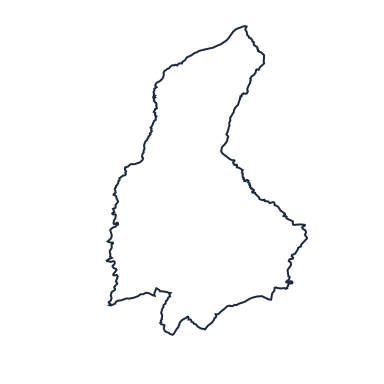 outline of Rosas, Cauca, Colombia, rotated 246°
{"feature_id": "7082276B70920947673933", "entity_name": "Rosas", "entity_type": "district", "adm_level": 2, "iso_a3": "COL", "parent_name": "Colombia", "parent_adm1": "Cauca", "projection": "equal_earth", "projection_center": [-76.744, 2.253], "detail": "fine", "context": "isolated", "style": "outline", "palette": "slate", "viewbox_px": 384, "rotation_deg": 246, "n_neighbors": 0, "source": "geoboundaries", "source_scale": "gbopen_adm2", "svg_char_len": 6000}
<svg xmlns="http://www.w3.org/2000/svg" viewBox="0 0 384 384"><g transform="rotate(246 192 192)"><path d="M65.3,239.6L66.0,239.5L66.9,241.3L68.5,242.5L68.6,244.4L67.8,246.2L68.4,247.0L69.7,246.8L70.3,246.1L70.6,242.3L71.0,241.6L71.6,241.5L71.9,241.9L72.5,244.7L73.7,246.1L74.9,246.6L75.6,245.8L81.4,247.4L82.3,248.1L84.0,251.4L85.4,253.0L87.7,253.5L89.5,252.3L90.9,253.7L90.2,256.3L90.2,257.4L91.0,257.7L92.8,256.9L93.7,257.6L93.7,261.1L96.4,265.1L97.8,266.3L98.0,269.4L99.5,270.3L102.8,278.1L103.7,278.4L107.0,277.7L108.5,279.6L110.2,280.0L111.1,279.8L113.3,278.3L114.8,278.2L115.1,278.5L115.4,281.3L115.9,281.7L116.6,281.0L118.6,277.1L120.5,271.7L120.9,271.2L121.7,271.1L124.2,272.2L129.2,267.8L130.1,267.6L130.8,268.4L131.5,268.1L132.8,265.8L133.3,266.2L133.7,267.9L134.4,268.1L139.1,265.3L143.4,264.7L145.4,263.3L146.4,262.1L148.4,262.9L149.2,262.7L149.9,261.5L150.2,258.5L152.5,257.6L154.1,254.7L155.4,255.0L156.0,252.9L158.1,250.8L160.2,251.0L164.1,249.2L165.6,249.4L166.4,247.6L167.1,246.9L167.7,247.1L168.0,248.9L168.5,249.3L169.3,249.0L170.5,247.6L170.8,247.5L171.2,248.0L172.8,246.9L173.9,247.8L175.3,247.2L175.7,248.1L176.7,248.1L178.0,247.1L179.3,248.2L180.7,247.1L180.1,245.2L180.9,244.2L182.0,244.9L183.1,244.2L184.0,245.1L184.7,244.5L186.0,244.6L187.6,245.7L189.0,245.3L189.8,246.2L190.9,246.4L191.4,247.2L195.5,244.4L196.3,243.0L197.0,243.4L198.3,243.5L198.4,244.0L198.7,244.0L199.1,243.4L199.1,242.2L199.9,241.6L202.0,241.4L203.2,243.5L203.7,243.6L204.6,241.8L206.6,240.0L214.4,235.7L217.1,235.1L220.3,237.2L221.0,238.2L222.9,242.8L224.9,245.3L226.5,246.2L227.2,247.2L228.0,247.7L230.5,246.8L233.3,249.9L236.1,251.9L237.5,253.4L239.8,253.9L242.0,256.3L244.0,256.8L248.0,262.6L249.8,263.7L251.8,266.5L252.9,269.5L256.8,272.9L257.3,273.7L258.3,273.9L259.0,275.5L259.7,275.3L259.7,276.6L260.8,277.1L260.7,278.4L261.2,279.1L259.9,281.0L259.8,282.2L261.1,283.9L263.3,284.2L263.9,284.6L266.7,287.6L267.8,289.3L269.5,290.2L270.3,291.4L271.9,291.3L272.4,292.4L273.1,292.8L273.9,296.7L275.5,298.9L277.5,300.3L277.6,301.2L276.5,302.6L278.2,304.5L280.2,310.3L282.8,310.7L283.7,311.6L287.8,313.5L291.5,311.9L292.5,310.6L293.6,310.5L294.1,309.6L295.5,310.3L296.2,309.9L297.1,310.4L298.5,310.3L299.3,309.3L300.1,309.2L301.1,308.3L302.7,308.8L303.5,309.5L304.9,308.4L306.2,308.9L307.3,308.3L308.1,308.5L309.7,306.9L311.0,307.2L312.8,306.3L316.2,307.1L318.5,306.7L319.4,307.2L320.9,309.1L322.3,307.4L322.8,299.9L322.7,297.8L321.5,294.4L317.9,288.4L316.4,285.2L315.2,278.0L315.4,274.8L315.3,270.1L317.7,258.0L318.0,255.5L317.6,252.8L318.0,251.2L317.1,246.9L317.1,242.1L315.2,239.0L314.9,236.4L313.5,235.2L314.4,233.5L314.6,232.5L314.4,231.3L313.6,230.0L315.0,228.6L314.9,227.2L315.7,226.0L315.7,224.7L315.2,222.9L314.3,221.5L314.5,219.8L313.6,215.7L312.1,214.3L310.8,214.1L308.7,212.5L307.3,210.6L306.3,207.3L306.3,204.5L304.8,202.0L304.0,201.6L302.2,202.4L301.6,199.5L299.9,198.9L298.8,197.4L297.5,197.4L296.2,196.5L294.9,197.6L294.6,197.1L294.7,195.6L294.5,195.1L293.7,195.0L293.0,196.2L292.6,195.2L290.8,194.2L290.1,194.8L288.9,194.7L287.9,195.4L286.9,195.4L285.6,194.5L285.1,194.7L284.3,194.1L282.7,193.9L282.8,192.0L281.7,191.2L280.7,189.6L279.2,190.6L277.7,189.5L277.2,189.9L276.5,189.6L275.6,190.3L274.7,189.1L272.6,188.2L272.4,186.2L268.7,182.5L267.5,180.3L266.5,180.9L265.9,180.7L265.1,179.8L263.8,180.0L262.5,177.3L261.6,177.6L260.6,175.9L260.5,174.9L259.1,174.0L259.0,173.2L257.4,171.4L257.0,169.9L254.9,167.8L253.9,167.1L250.6,166.1L249.6,164.7L247.7,163.9L247.3,162.8L246.0,161.5L244.0,160.6L242.8,161.1L241.4,159.9L240.2,156.4L240.9,150.4L242.3,147.6L242.1,146.1L241.2,143.6L241.7,141.1L241.0,140.4L240.2,140.5L239.5,139.8L237.6,140.2L236.7,138.8L235.4,138.9L234.9,138.5L234.6,137.5L235.0,135.4L234.0,131.1L232.8,131.0L232.0,130.2L231.9,129.2L230.2,128.3L228.9,126.4L228.5,125.1L227.2,124.4L226.4,122.7L222.6,122.1L221.9,119.7L221.4,119.2L220.4,120.3L218.8,121.0L217.5,120.5L213.5,120.6L212.6,119.7L211.3,116.9L208.8,115.8L208.6,114.9L208.8,113.0L205.2,112.9L205.2,111.0L204.7,110.3L203.7,110.7L202.7,112.8L202.0,113.1L199.2,111.3L197.6,109.0L195.1,107.5L194.4,107.7L194.0,108.6L194.5,111.1L193.6,111.7L192.5,111.3L191.4,107.2L191.8,105.8L191.2,103.0L190.5,101.8L185.5,101.2L183.7,100.3L182.4,98.8L181.1,94.8L180.2,95.4L179.1,96.8L178.2,98.8L177.6,99.2L177.0,98.7L176.6,97.1L173.7,96.0L171.4,92.7L168.0,92.0L166.3,90.9L164.4,92.0L164.5,88.4L163.9,86.1L163.3,86.3L162.5,87.9L161.1,89.4L160.9,92.2L159.7,92.9L158.1,92.4L157.3,91.2L157.0,89.7L156.6,89.2L154.4,89.5L152.5,91.4L151.4,91.3L149.0,86.8L148.3,86.3L147.6,86.7L146.5,89.7L144.8,89.7L141.3,86.2L138.7,86.4L136.9,82.4L136.4,82.1L134.7,82.3L133.8,81.6L133.5,78.8L133.0,77.6L130.2,75.5L128.2,75.5L127.2,74.9L125.6,73.3L125.2,71.1L124.9,70.9L122.6,72.0L122.3,70.5L121.3,71.8L121.3,76.5L122.4,77.4L122.9,79.8L121.9,83.1L121.4,88.9L120.1,91.4L119.1,95.7L118.8,100.6L119.5,103.4L118.5,105.8L118.7,109.0L117.2,111.4L113.4,114.4L112.4,115.7L113.8,115.9L115.3,116.9L118.5,120.3L115.9,122.2L114.2,122.5L113.3,124.6L110.5,128.8L109.3,129.8L108.5,131.3L107.6,129.7L105.6,129.6L105.0,126.9L103.9,126.2L103.1,125.0L102.9,123.6L101.0,122.7L100.2,119.9L98.6,119.2L97.1,117.0L93.8,114.5L92.2,114.8L90.4,114.1L88.6,112.7L88.0,112.8L87.2,111.2L85.8,111.1L85.3,109.7L84.1,109.8L81.6,112.6L80.7,112.3L79.3,110.8L76.5,110.6L75.1,111.2L72.4,113.8L71.4,114.1L69.4,116.2L69.9,117.8L73.5,122.9L73.8,124.3L75.5,125.5L75.8,126.4L77.0,127.0L78.2,128.7L79.2,131.6L79.3,134.9L79.9,137.0L79.4,137.8L78.9,137.8L76.9,136.9L76.3,138.4L75.5,139.1L73.5,138.8L72.4,140.0L70.9,140.2L69.3,141.9L66.6,142.5L63.9,144.5L62.5,146.2L61.9,147.7L61.2,148.0L63.5,152.4L64.4,156.8L66.4,160.2L67.7,161.3L67.5,162.3L68.8,163.7L70.7,163.9L69.9,165.1L69.9,167.1L71.1,170.0L71.6,172.6L73.3,177.7L73.0,179.7L71.3,182.5L71.5,185.2L70.5,186.8L70.9,188.8L70.3,195.2L71.0,201.4L70.9,204.1L70.1,208.9L68.4,213.5L62.5,218.5L61.5,220.5L66.7,224.0L68.5,227.2L70.9,228.6L70.5,230.3L69.7,230.7L67.5,234.5L66.8,237.1L65.5,238.2L65.3,239.6Z" fill="none" stroke="#1e293b" stroke-width="2"/></g></svg>